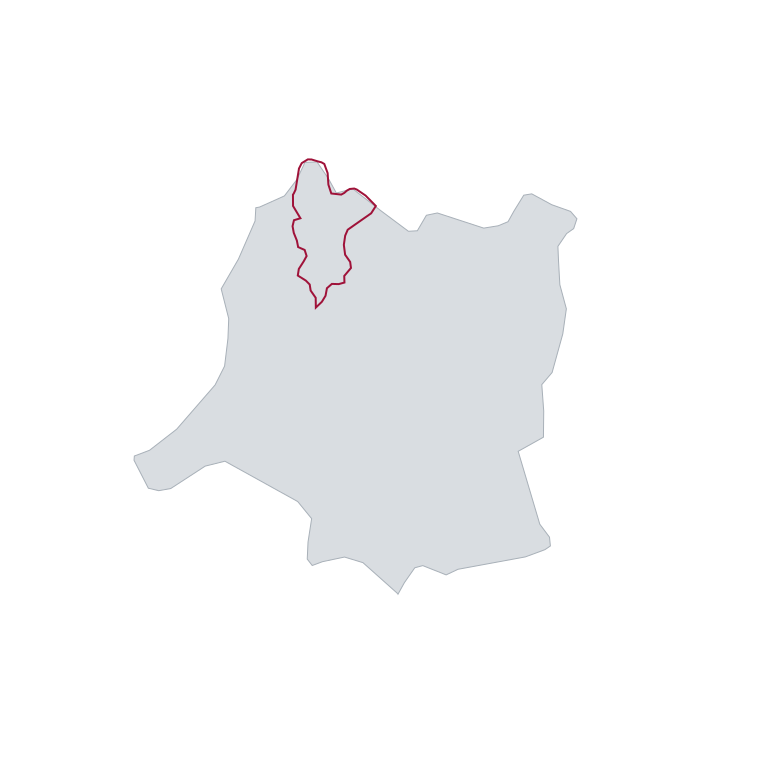 Peć on a map of Kosovo (orthographic projection), rotated 55°
{"feature_id": "KOS-5886", "entity_name": "Peć", "entity_type": "District", "adm_level": 1, "iso_a3": "XKX", "parent_name": "Kosovo", "parent_adm1": "", "projection": "orthographic", "projection_center": [20.272, 42.674], "detail": "fine", "context": "in_parent", "style": "outline", "palette": "rose", "viewbox_px": 768, "rotation_deg": 55, "n_neighbors": 0, "source": "natural_earth", "source_scale": "10m", "svg_char_len": 1763}
<svg xmlns="http://www.w3.org/2000/svg" viewBox="0 0 768 768"><g transform="rotate(55 384 384)"><path d="M240.2,287.2L272.9,276.4L277.6,268.8L270.1,252.5L274.5,242.2L313.5,212.9L319.9,199.7L322.2,189.3L316.9,178.4L309.5,161.2L313.0,153.9L333.3,143.8L349.6,132.2L359.3,131.2L365.5,139.5L365.5,148.1L371.0,162.6L383.2,170.4L403.5,183.0L427.0,191.5L445.5,208.8L471.0,239.7L475.0,255.1L497.8,268.7L519.0,283.9L516.1,312.7L588.2,336.8L604.4,336.3L612.1,340.6L612.0,347.2L606.7,367.4L578.2,429.7L576.0,442.6L555.0,456.4L552.2,464.2L558.4,481.2L564.2,493.1L563.7,493.0L518.3,503.7L503.1,515.6L494.3,536.2L491.5,546.9L483.4,547.3L469.9,536.9L452.8,520.5L430.8,522.1L356.0,558.6L348.7,577.6L347.3,618.6L342.2,629.7L334.2,636.8L303.1,632.5L299.8,629.8L303.8,614.1L302.1,579.7L287.9,522.9L277.9,504.3L257.3,485.8L241.4,473.7L212.7,462.8L198.2,431.6L176.5,396.1L166.1,387.9L167.7,384.4L172.8,357.7L166.6,338.2L157.1,321.6L163.7,311.5L183.7,311.7L200.2,313.5L206.1,297.7L240.2,287.2Z" fill="#d9dde1" stroke="#a8b0b8" stroke-width="1"/><path d="M197.7,317.9L204.3,310.4L204.7,306.9L204.3,303.7L204.6,300.2L206.8,296.3L209.0,294.8L219.1,291.0L233.5,288.6L236.8,296.6L236.8,305.8L236.8,315.9L236.8,325.2L240.2,330.7L247.0,337.1L255.8,341.7L264.6,341.7L270.0,344.5L272.7,354.6L278.2,358.2L276.2,363.8L272.1,369.3L272.8,375.8L278.2,381.3L281.0,387.7L282.3,396.0L274.2,390.5L265.4,390.5L259.9,387.8L254.5,388.7L245.7,392.4L240.9,387.8L237.5,379.5L234.8,374.0L228.7,372.1L222.6,375.8L216.5,373.1L208.4,371.2L202.3,368.4L198.2,363.8L200.3,357.4L186.0,356.4L176.7,350.0L176.2,348.7L174.1,345.0L159.1,330.4L158.8,330.2L155.9,324.7L156.3,317.6L158.5,314.6L164.1,310.2L166.5,308.1L169.5,306.7L178.9,309.2L188.8,315.2L197.7,317.9Z" fill="none" stroke="#9f1239" stroke-width="2"/></g></svg>